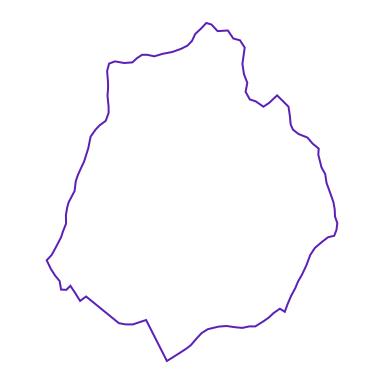 the district of Ribeirão do Sul, São Paulo, Brazil
{"feature_id": "56859067B13844960730737", "entity_name": "Ribeirão do Sul", "entity_type": "district", "adm_level": 2, "iso_a3": "BRA", "parent_name": "Brazil", "parent_adm1": "São Paulo", "projection": "natural_earth1", "projection_center": [-49.921, -22.748], "detail": "fine", "context": "isolated", "style": "outline", "palette": "violet", "viewbox_px": 384, "rotation_deg": 0, "n_neighbors": 0, "source": "geoboundaries", "source_scale": "gbopen_adm2", "svg_char_len": 1494}
<svg xmlns="http://www.w3.org/2000/svg" viewBox="0 0 384 384"><path d="M46.7,260.3L50.9,269.0L55.1,275.6L59.6,281.0L61.1,289.6L66.4,289.8L70.4,285.8L75.1,292.9L80.1,300.9L86.1,296.5L118.9,323.2L125.7,324.4L132.9,324.4L146.1,320.0L166.9,361.0L180.1,352.7L185.9,348.9L190.9,345.1L197.0,338.0L201.7,333.0L207.8,329.2L218.6,326.6L226.7,326.0L234.8,327.2L242.4,327.9L249.2,326.4L255.3,326.4L263.9,321.0L269.0,317.4L273.5,313.1L279.9,308.7L284.8,311.8L287.5,304.3L291.1,295.9L295.4,287.9L298.0,281.6L302.0,274.6L306.4,265.3L310.2,255.1L314.9,247.9L322.2,241.7L328.1,237.2L334.2,235.8L336.5,229.8L337.3,223.1L335.0,216.5L334.7,209.3L333.4,202.1L331.3,196.0L326.5,182.8L325.2,174.0L321.5,167.4L318.3,154.6L318.7,148.6L312.6,143.6L307.5,137.6L298.5,134.0L293.0,129.7L290.7,124.6L289.9,116.1L288.5,106.7L283.8,102.0L277.1,95.4L269.0,103.0L263.4,106.7L255.8,101.4L249.8,99.4L245.6,91.8L247.3,82.8L244.0,74.3L242.4,63.9L243.7,54.8L244.7,47.6L240.0,40.3L233.3,38.5L227.9,30.5L217.6,31.1L211.4,24.5L206.3,23.0L200.9,28.7L195.2,34.0L192.0,40.9L187.5,45.6L181.1,48.8L172.2,52.0L162.7,53.8L154.3,56.3L147.2,54.8L142.1,54.8L136.9,58.2L132.4,62.4L124.1,63.0L115.0,61.4L109.1,63.6L107.1,71.1L108.0,81.9L108.1,87.8L107.5,95.7L108.6,106.7L108.6,113.0L105.7,120.9L99.6,125.3L95.5,129.7L90.6,136.6L88.3,148.2L84.1,161.5L81.2,167.7L78.0,174.7L75.8,181.0L74.6,191.0L68.7,202.1L67.2,207.4L65.9,215.2L66.1,223.5L63.0,231.4L61.1,237.2L55.8,247.4L51.7,254.9L46.7,260.3Z" fill="none" stroke="#5b21b6" stroke-width="2"/></svg>